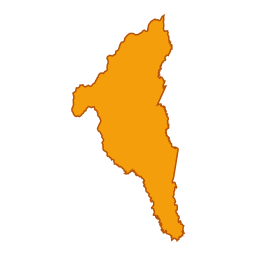 Belén De Los Andaquíes, Caquetá, Colombia (Equal Earth projection)
{"feature_id": "7082276B91002945363484", "entity_name": "Belén De Los Andaquíes", "entity_type": "district", "adm_level": 2, "iso_a3": "COL", "parent_name": "Colombia", "parent_adm1": "Caquetá", "projection": "equal_earth", "projection_center": [-75.835, 1.475], "detail": "fine", "context": "isolated", "style": "filled", "palette": "amber", "viewbox_px": 256, "rotation_deg": 0, "n_neighbors": 0, "source": "geoboundaries", "source_scale": "gbopen_adm2", "svg_char_len": 5910}
<svg xmlns="http://www.w3.org/2000/svg" viewBox="0 0 256 256"><path d="M163.9,15.4L162.1,16.7L160.6,19.7L159.9,20.5L159.2,20.6L157.8,19.8L155.9,19.9L155.0,19.1L151.0,21.5L148.9,24.4L148.3,26.4L148.2,27.9L147.7,29.1L147.9,30.2L147.0,31.2L146.0,31.4L144.2,30.1L142.9,30.9L141.7,32.5L140.9,32.7L140.0,33.5L139.3,33.6L138.5,34.5L135.6,34.9L133.2,33.5L130.7,33.4L129.7,33.5L127.2,35.4L124.7,38.4L124.6,40.3L123.9,41.5L122.8,42.2L121.8,42.1L121.0,42.8L120.5,43.6L120.3,44.8L119.6,45.3L119.5,47.0L118.3,49.7L117.7,50.5L116.3,51.0L115.7,51.7L115.5,54.2L113.3,55.3L112.5,56.0L109.7,55.3L107.5,56.7L107.0,58.6L108.0,60.3L108.2,62.6L107.5,64.4L107.1,66.9L107.3,69.6L106.5,70.8L104.9,71.5L103.4,73.4L101.7,73.0L100.0,73.4L98.5,75.3L98.1,77.1L97.2,77.7L96.9,79.1L95.9,80.4L94.9,82.8L92.9,84.1L91.7,85.9L90.1,86.4L88.3,85.3L85.6,86.9L83.6,86.1L82.8,84.8L81.9,85.2L80.1,85.1L79.6,86.7L78.2,88.0L76.7,87.8L76.3,88.1L75.6,91.5L73.0,93.1L73.9,97.0L73.8,98.5L73.3,99.4L73.4,103.3L73.6,104.1L72.8,107.2L72.1,108.1L71.9,110.1L72.1,111.0L73.4,113.1L73.4,113.9L75.1,116.0L76.5,116.5L77.7,115.9L79.5,116.6L81.5,115.0L81.9,114.1L83.3,113.1L84.5,110.9L85.6,110.9L86.0,110.4L86.2,109.0L88.2,106.8L88.9,106.6L91.4,107.6L93.7,106.7L94.3,106.9L94.8,109.4L95.3,110.0L95.8,109.9L97.2,111.4L97.5,113.0L97.9,113.5L97.8,114.8L98.0,115.8L99.6,117.4L100.7,120.3L100.8,121.4L98.7,125.6L97.5,128.6L98.2,130.7L100.2,132.1L100.5,133.0L102.0,135.3L101.9,137.3L102.5,137.9L103.6,140.2L103.4,141.1L102.3,142.1L102.1,143.2L102.6,143.8L103.1,145.1L102.8,146.0L103.1,147.1L103.0,149.0L103.9,150.5L106.2,151.8L107.2,153.0L107.1,155.5L107.5,156.2L108.6,156.3L109.8,157.6L110.7,157.7L111.6,159.9L112.6,159.4L113.6,159.8L113.9,160.3L113.8,161.6L114.3,162.7L114.4,164.0L116.6,164.2L117.3,164.8L117.3,165.3L118.5,165.6L118.8,166.6L120.5,166.9L120.7,166.6L122.2,167.7L122.3,168.3L123.8,169.3L124.2,170.8L125.2,171.6L125.7,171.5L125.3,173.0L125.5,173.4L125.1,173.6L125.7,173.8L126.1,173.1L126.9,173.9L127.4,173.4L128.5,173.6L129.5,172.2L130.1,172.2L130.5,171.2L131.3,171.4L132.0,170.2L132.1,170.7L132.5,170.9L132.8,170.3L133.4,170.4L133.7,171.3L133.9,171.1L134.1,171.6L134.3,171.2L134.8,172.2L135.7,172.8L135.6,173.3L135.9,173.7L135.5,173.7L135.6,174.5L136.1,174.3L136.2,174.8L136.7,174.8L136.7,175.4L137.7,175.2L140.1,176.9L141.1,176.4L141.9,178.2L143.1,178.6L144.3,180.5L144.3,181.5L143.6,181.3L143.2,182.0L143.5,183.3L144.7,184.7L144.6,185.3L143.9,185.5L143.8,186.0L145.7,187.8L146.1,190.0L145.9,190.8L146.6,191.8L148.9,193.5L149.1,194.2L148.7,195.4L149.5,196.7L151.4,198.0L151.4,198.7L150.6,198.9L150.3,199.9L151.3,201.8L151.7,201.8L152.3,200.9L153.4,201.7L153.8,204.1L153.6,205.2L151.6,207.7L151.9,208.5L152.9,208.4L153.6,209.0L153.9,210.5L154.4,211.0L154.3,213.0L153.5,214.4L153.5,215.2L155.4,215.2L155.9,217.3L156.3,217.8L156.7,217.3L156.8,216.0L157.4,215.7L157.9,216.6L157.4,217.7L157.4,218.8L158.3,219.1L158.8,218.2L159.9,220.0L160.0,220.7L159.3,221.4L159.1,222.5L159.6,222.9L160.8,223.0L161.4,223.6L161.5,225.0L161.1,224.9L160.5,224.1L160.0,224.3L159.9,224.9L160.9,226.0L161.4,227.5L162.2,228.4L162.0,229.2L161.2,229.8L161.9,230.6L162.7,229.8L163.2,230.0L163.3,230.7L162.8,231.6L163.6,232.9L164.7,232.3L165.5,230.8L166.0,230.5L166.4,231.4L165.9,232.6L166.5,233.4L169.8,234.6L170.9,235.7L171.6,235.8L171.7,236.5L171.2,237.3L172.1,238.5L171.6,239.6L171.8,240.2L174.2,238.0L175.8,239.1L176.7,239.2L177.0,240.6L178.9,239.0L179.3,236.8L180.7,237.1L181.6,235.5L182.7,235.6L182.9,233.5L184.1,233.2L183.6,232.4L182.6,232.3L182.1,231.6L182.3,231.3L183.1,231.6L183.4,231.3L183.0,230.0L183.0,228.0L183.7,225.7L182.7,225.3L182.2,224.2L180.9,224.1L180.9,222.1L180.4,221.0L179.7,221.1L179.3,222.4L178.8,222.5L178.5,221.9L178.4,218.9L179.1,218.1L179.1,217.1L178.7,216.0L177.6,215.7L177.1,213.4L176.4,213.2L175.8,211.0L176.1,210.4L177.0,210.1L177.2,209.5L177.2,205.7L176.6,205.0L174.7,204.8L174.6,202.9L175.4,202.3L175.5,201.8L174.5,198.7L173.2,197.3L173.0,196.5L173.7,195.6L174.1,193.6L173.7,191.8L174.7,190.5L174.7,187.5L175.2,187.1L176.3,187.9L176.6,187.5L174.9,182.5L174.0,182.3L172.8,182.9L172.4,182.5L172.2,181.8L173.5,178.0L178.1,149.5L177.9,148.6L176.5,147.6L175.8,147.7L175.5,148.3L174.6,148.2L174.4,147.8L174.8,147.2L172.8,147.1L171.8,146.6L171.4,143.6L170.5,143.4L169.7,140.6L169.1,140.9L169.2,140.2L168.5,139.3L168.5,138.6L169.2,138.4L169.1,137.8L168.1,136.8L167.2,136.5L167.2,135.8L166.4,135.5L166.7,135.1L166.4,134.4L166.4,132.7L166.1,133.4L165.6,132.9L166.2,132.1L165.8,129.8L166.6,129.9L167.2,128.3L168.4,128.2L168.7,126.6L168.5,126.0L168.6,125.4L168.2,125.7L168.0,123.8L167.6,123.7L167.9,122.2L167.4,120.8L168.2,119.6L168.1,117.5L166.8,116.2L166.7,115.4L167.1,114.7L166.8,114.7L166.8,114.1L166.3,114.4L165.9,113.2L165.8,111.9L166.1,111.3L165.3,111.0L165.7,110.6L165.2,109.4L164.7,109.6L164.4,109.2L164.7,108.1L164.4,107.4L164.9,107.2L164.3,106.6L164.3,107.2L163.7,107.3L163.6,106.7L161.2,106.1L160.9,105.6L161.4,105.2L161.0,104.6L161.1,104.2L160.8,104.0L159.7,104.0L159.3,104.4L158.6,104.1L158.5,104.5L157.3,105.0L165.9,86.0L163.9,86.4L163.8,88.0L163.5,88.3L163.3,88.0L163.1,86.0L163.3,84.8L164.7,81.9L164.8,81.2L163.9,81.5L163.8,80.3L163.1,79.9L163.1,79.1L161.7,77.2L160.5,77.0L159.9,78.3L158.1,76.5L158.5,75.6L159.3,75.6L159.7,74.9L158.3,73.5L158.3,73.1L159.3,72.8L158.8,70.6L159.8,70.7L159.6,69.9L160.2,69.5L160.1,68.5L161.1,68.7L160.3,66.2L161.3,65.7L161.4,65.1L161.0,65.0L161.6,64.0L161.8,63.0L162.9,62.5L163.0,61.5L164.4,60.5L165.1,60.4L165.6,59.6L164.9,58.2L165.2,56.9L166.7,55.2L168.3,55.5L168.8,53.9L169.6,53.1L169.6,52.4L170.4,51.5L170.5,49.6L171.0,49.1L171.7,49.2L171.9,48.6L171.9,47.5L171.3,46.5L171.9,46.1L171.9,45.3L171.7,45.0L171.2,45.4L171.2,44.9L170.9,44.9L170.8,44.3L170.0,43.6L170.5,42.2L169.2,42.1L169.7,40.9L168.9,40.3L168.8,36.6L167.6,34.3L168.1,32.7L167.6,31.9L167.6,30.9L164.6,31.2L164.1,30.8L163.6,29.8L163.5,28.2L163.8,25.6L163.4,21.6L163.8,19.7L163.6,17.5L163.9,15.4Z" fill="#f59e0b" stroke="#b45309" stroke-width="1.5"/></svg>